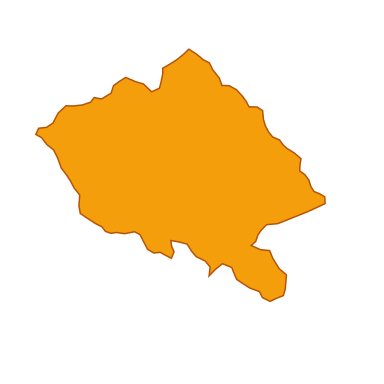 outline of Pirapora do Bom Jesus, São Paulo, Brazil, rotated 66°
{"feature_id": "56859067B63542000245485", "entity_name": "Pirapora do Bom Jesus", "entity_type": "district", "adm_level": 2, "iso_a3": "BRA", "parent_name": "Brazil", "parent_adm1": "São Paulo", "projection": "albers", "projection_center": [-46.98, -23.379], "detail": "fine", "context": "isolated", "style": "filled", "palette": "amber", "viewbox_px": 384, "rotation_deg": 66, "n_neighbors": 0, "source": "geoboundaries", "source_scale": "gbopen_adm2", "svg_char_len": 1553}
<svg xmlns="http://www.w3.org/2000/svg" viewBox="0 0 384 384"><g transform="rotate(66 192 192)"><path d="M75.9,311.3L81.0,307.4L89.8,305.2L97.4,301.3L107.0,300.9L117.0,301.7L125.3,299.7L132.4,298.6L140.6,298.0L149.1,295.8L158.6,300.9L166.2,302.8L173.9,298.0L181.3,293.2L187.3,288.4L192.8,287.1L196.7,283.0L198.4,277.2L202.6,270.7L205.0,260.6L209.7,256.9L216.2,256.5L226.3,255.9L232.2,251.7L234.2,245.6L239.0,242.0L244.2,237.8L239.3,232.7L233.5,232.7L227.7,231.1L232.2,224.4L237.7,217.6L246.6,216.3L252.9,214.4L260.5,207.9L268.0,206.0L275.6,210.5L272.0,201.5L269.9,193.4L277.1,186.4L283.6,186.7L290.1,186.7L295.4,183.4L303.1,178.4L310.5,170.9L317.2,170.6L323.7,165.1L323.5,158.4L323.8,150.7L318.8,146.4L306.1,139.4L297.7,143.5L285.7,145.2L277.1,144.9L272.6,152.8L265.0,159.7L263.1,153.9L258.2,149.4L255.0,144.3L252.2,137.1L255.8,126.5L257.0,94.6L257.0,86.8L256.7,75.1L250.5,72.7L245.8,75.9L241.1,80.4L235.2,81.2L228.6,80.4L222.2,81.8L216.5,85.0L211.1,82.3L205.9,78.9L197.9,82.7L191.3,87.2L186.0,89.7L180.1,90.8L174.6,95.9L168.9,97.5L161.5,98.1L154.8,97.2L146.4,94.4L140.9,97.9L137.3,105.3L131.7,105.6L125.2,106.9L116.6,109.8L110.1,114.7L106.8,121.3L99.0,120.7L89.1,123.3L81.1,123.6L75.8,127.9L67.9,131.8L60.2,136.8L62.5,142.9L64.9,151.7L66.2,160.3L67.0,168.4L72.0,170.6L78.8,175.4L83.9,179.5L84.1,188.1L73.6,192.4L68.3,198.6L60.4,206.0L61.4,213.1L62.9,220.4L68.8,225.7L70.2,236.8L65.9,243.0L68.7,248.1L67.9,256.8L65.0,265.8L62.0,272.0L65.5,282.2L72.4,290.9L73.8,298.7L71.4,306.1L75.9,311.3Z" fill="#f59e0b" stroke="#b45309" stroke-width="1.5"/></g></svg>